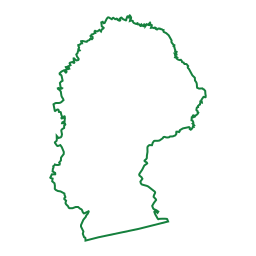 Bu Dang, Bình Phước, Vietnam (orthographic projection)
{"feature_id": "81297802B33312647698223", "entity_name": "Bu Dang", "entity_type": "district", "adm_level": 2, "iso_a3": "VNM", "parent_name": "Vietnam", "parent_adm1": "Bình Phước", "projection": "orthographic", "projection_center": [107.268, 11.771], "detail": "fine", "context": "isolated", "style": "outline", "palette": "green", "viewbox_px": 256, "rotation_deg": 0, "n_neighbors": 0, "source": "geoboundaries", "source_scale": "gbopen_adm2", "svg_char_len": 5660}
<svg xmlns="http://www.w3.org/2000/svg" viewBox="0 0 256 256"><path d="M180.8,59.8L179.7,60.1L178.1,59.6L176.7,58.6L176.1,57.5L175.1,57.3L175.2,57.1L176.6,57.0L175.2,55.7L175.1,55.3L175.9,54.8L175.1,54.5L174.8,53.9L176.0,54.2L175.6,53.2L176.3,53.1L176.6,51.8L176.3,51.7L175.8,52.0L175.1,51.4L175.2,49.9L174.7,48.7L174.4,47.0L173.5,46.2L173.6,45.9L174.3,45.5L174.4,45.2L173.4,44.7L171.7,42.6L171.4,41.8L171.6,40.5L168.7,35.3L166.2,33.1L163.7,31.9L163.5,31.5L163.5,30.1L163.0,30.2L161.7,29.2L160.2,29.1L159.8,28.5L158.3,28.5L157.4,29.4L156.6,29.4L155.8,28.9L155.8,27.9L154.9,27.5L154.0,28.1L152.5,27.6L151.0,27.8L151.8,25.2L150.0,24.2L149.8,23.7L150.2,23.0L150.0,22.7L149.0,23.8L149.1,24.2L149.6,24.8L149.5,25.1L148.2,25.0L146.8,24.2L145.2,26.4L145.0,24.8L144.7,24.4L144.2,24.3L144.0,24.6L144.0,26.1L143.7,26.2L143.1,26.1L141.6,24.6L141.1,25.9L140.6,26.0L140.0,25.5L140.2,24.7L139.5,24.4L138.0,24.4L137.5,23.2L137.2,23.3L137.1,23.9L136.8,24.0L135.7,23.8L133.7,22.9L132.9,21.8L132.7,20.9L131.3,20.5L129.9,21.0L130.3,19.2L131.0,18.6L131.1,17.4L130.0,15.5L129.7,15.4L129.3,16.1L129.1,17.3L128.9,17.6L128.5,17.5L128.4,16.4L127.7,16.3L127.3,16.5L126.3,19.1L126.3,20.0L125.9,20.4L123.1,19.2L121.5,17.6L120.7,17.8L119.1,19.5L120.3,20.1L120.1,20.5L119.3,20.7L117.5,19.8L117.2,18.9L116.7,18.6L115.2,19.2L113.3,17.8L112.9,17.9L111.8,19.2L108.7,17.4L108.0,17.4L106.9,18.5L104.6,23.0L103.7,23.2L102.7,21.8L101.3,22.4L101.8,26.4L103.5,27.6L103.7,27.9L103.2,28.6L101.8,29.4L101.0,31.5L99.4,29.9L97.6,31.3L96.3,31.3L95.1,30.8L94.6,31.3L95.3,33.0L94.2,33.3L92.6,34.4L91.6,34.5L91.2,35.4L90.5,36.0L90.8,36.6L92.5,36.9L92.7,38.2L92.0,39.2L91.6,39.2L90.5,38.7L90.1,38.9L89.5,40.0L87.3,40.9L86.9,41.7L86.3,41.8L82.6,41.0L81.1,41.2L81.1,41.6L82.0,42.8L82.1,43.3L81.1,43.4L79.6,44.8L78.3,45.0L78.3,45.8L79.1,47.5L79.0,48.1L78.3,49.1L78.3,49.7L79.5,50.1L79.7,50.4L78.3,50.8L78.0,51.1L77.5,53.1L76.3,54.4L77.0,56.5L78.6,58.7L78.6,59.6L78.1,60.1L76.5,60.4L76.0,60.2L73.9,58.3L73.6,58.4L73.9,61.2L74.4,62.3L74.2,62.8L73.4,62.8L72.4,62.0L70.3,62.6L69.7,63.0L69.6,63.4L70.5,65.2L66.7,67.0L65.8,67.1L65.9,67.5L66.3,67.8L68.8,67.4L69.3,68.7L65.6,69.9L65.4,70.5L65.7,71.0L66.5,71.7L66.3,72.3L65.9,72.6L65.6,72.4L64.0,70.3L61.4,71.6L59.6,73.3L59.8,74.4L60.8,74.7L61.5,75.6L62.6,80.5L62.5,80.9L61.2,81.5L59.9,83.0L60.6,87.4L62.1,88.2L61.6,88.7L59.6,88.6L58.5,88.0L57.8,88.3L57.9,88.8L59.8,90.2L60.8,91.6L61.4,95.6L61.7,96.6L63.2,99.1L63.5,100.1L61.3,102.1L60.3,102.7L58.9,103.0L55.9,103.0L54.9,103.4L53.5,104.3L54.8,110.8L55.1,111.0L57.2,109.6L57.9,109.5L58.7,110.2L58.9,111.9L60.6,112.1L60.8,112.4L61.3,114.7L62.1,116.7L62.0,117.2L61.4,118.0L61.5,118.3L61.8,118.5L63.3,117.9L64.1,116.4L64.5,116.3L64.7,116.5L64.9,118.4L64.6,120.1L64.7,121.1L64.4,121.5L62.4,122.3L62.1,123.2L64.9,123.3L65.3,124.6L65.0,125.0L64.2,125.4L64.1,128.0L62.2,129.1L61.4,130.1L61.3,130.8L62.0,134.3L61.5,136.4L60.8,137.3L58.5,138.0L56.7,135.9L56.8,139.9L56.5,140.9L54.9,142.3L54.9,142.6L55.0,142.9L57.0,145.7L57.6,146.0L58.5,145.8L60.3,145.1L60.7,145.6L61.8,147.2L63.8,152.0L63.7,154.1L61.6,156.8L61.0,157.8L60.9,160.5L59.2,162.5L59.8,163.5L59.6,164.6L58.1,165.0L56.1,164.9L54.9,164.5L54.7,165.1L53.2,166.3L53.5,167.6L52.9,168.7L52.6,171.4L55.1,172.9L55.3,174.1L55.2,174.3L51.9,174.3L50.3,177.7L50.8,178.1L52.6,178.6L52.2,181.3L54.5,183.3L54.9,185.7L54.8,188.8L55.0,189.1L55.9,190.0L57.9,191.0L60.5,191.4L64.4,193.5L64.5,194.8L65.3,196.8L65.3,197.3L64.3,198.2L64.3,199.1L66.1,200.7L65.6,202.3L65.6,203.5L66.3,204.5L68.1,206.3L68.7,207.7L69.5,208.2L72.5,208.2L75.7,207.0L78.1,207.0L80.1,208.7L81.4,209.3L82.1,210.2L82.6,211.8L83.7,213.3L84.4,213.3L88.5,211.3L88.7,211.7L87.7,213.8L86.2,215.5L85.8,216.8L83.4,219.7L81.0,225.1L81.0,226.6L83.4,231.5L82.8,233.8L84.1,237.2L85.1,237.6L85.4,238.0L85.5,240.6L98.4,237.3L139.0,228.8L168.1,221.5L167.2,219.2L166.9,218.9L164.6,218.7L159.7,218.8L158.3,219.2L157.7,218.6L155.2,214.2L154.3,211.9L154.6,211.5L155.6,211.5L156.3,211.8L157.5,212.9L158.3,211.6L156.5,210.3L153.6,209.0L152.9,207.8L152.2,205.9L153.9,202.9L156.1,200.0L155.9,199.3L153.6,196.8L153.9,195.4L155.1,192.9L155.1,192.2L154.6,191.5L148.2,186.5L146.9,185.9L142.2,184.6L141.6,184.3L140.8,183.2L140.4,181.6L142.4,178.8L141.5,177.2L139.5,175.6L139.2,174.7L139.5,173.7L142.2,169.7L144.3,165.5L146.9,163.7L147.2,163.3L146.8,162.5L144.9,161.4L144.5,160.9L144.6,160.5L146.3,159.0L146.8,158.1L146.9,155.6L147.5,151.9L147.4,147.6L147.7,146.5L149.3,145.1L152.0,145.2L152.7,142.8L153.9,141.1L154.6,140.8L157.8,140.8L159.5,140.5L162.8,138.2L163.0,137.6L163.7,137.0L164.7,136.9L166.1,137.4L167.7,137.5L169.2,137.2L170.0,136.5L172.8,136.4L175.3,135.4L176.4,133.8L176.2,132.8L176.4,131.7L177.1,131.6L179.1,132.1L179.7,131.3L179.6,130.6L180.0,130.1L182.9,128.4L189.0,127.1L189.8,127.8L189.7,129.0L190.7,129.7L191.4,129.3L192.5,127.8L192.8,126.9L193.6,126.9L193.2,126.0L193.2,125.5L194.1,125.3L193.5,124.4L192.6,123.6L193.4,123.0L193.2,122.0L192.7,121.0L192.5,120.6L191.5,120.3L191.7,117.8L192.8,117.4L192.2,116.9L192.6,116.6L192.8,115.8L193.2,115.3L193.7,115.3L194.9,116.5L195.7,115.4L196.7,114.8L197.8,113.7L198.3,112.7L197.6,112.2L197.7,111.3L196.5,110.3L196.4,109.7L196.8,107.7L197.2,107.3L198.1,107.1L198.0,106.0L199.0,105.0L200.0,104.5L200.0,103.6L200.4,102.6L200.3,101.4L200.6,101.3L201.4,102.5L201.9,102.6L201.7,101.3L201.2,100.5L201.6,99.6L203.4,97.0L203.8,96.8L205.2,97.3L205.6,97.1L205.7,95.5L205.4,94.1L205.2,90.9L203.9,89.4L203.1,89.1L202.4,88.4L199.1,88.6L197.2,87.8L197.0,87.1L196.8,84.0L196.4,82.5L195.0,80.5L194.8,77.7L192.4,75.4L188.9,68.9L187.9,67.9L187.7,67.0L188.2,66.1L186.7,64.3L186.1,64.0L184.6,64.0L184.1,63.6L183.7,62.6L182.1,62.1L181.7,60.8L180.8,59.8Z" fill="none" stroke="#15803d" stroke-width="2"/></svg>